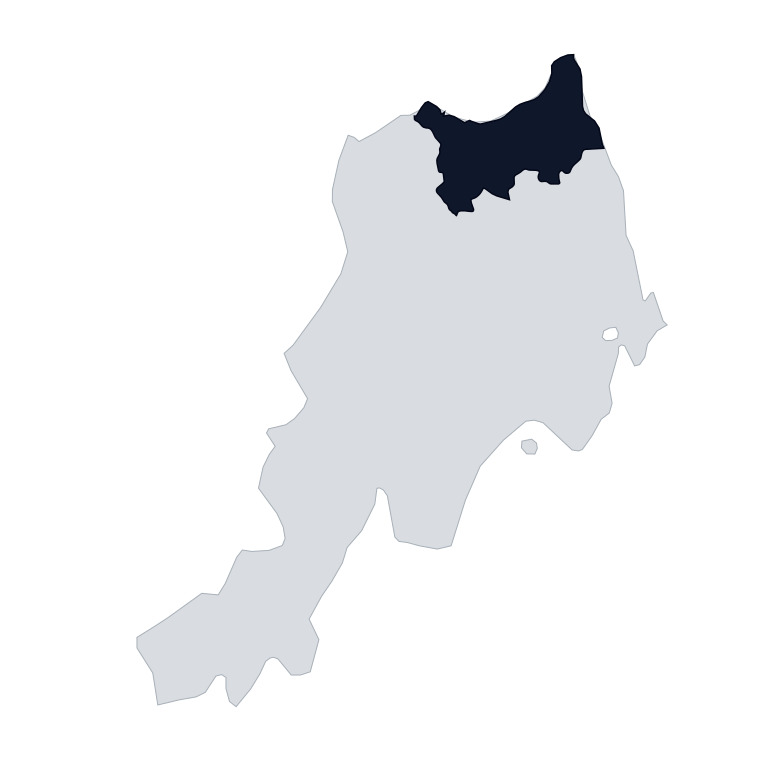 Shirak on a map of Armenia (Albers equal-area conic projection), rotated 80°
{"feature_id": "ARM-1555", "entity_name": "Shirak", "entity_type": "Province", "adm_level": 1, "iso_a3": "ARM", "parent_name": "Armenia", "parent_adm1": "", "projection": "albers", "projection_center": [43.928, 40.787], "detail": "fine", "context": "in_parent", "style": "filled", "palette": "ink", "viewbox_px": 768, "rotation_deg": 80, "n_neighbors": 0, "source": "natural_earth", "source_scale": "10m", "svg_char_len": 4482}
<svg xmlns="http://www.w3.org/2000/svg" viewBox="0 0 768 768"><g transform="rotate(80 384 384)"><path d="M336.5,477.1L330.0,466.8L297.7,433.2L267.9,407.3L247.5,396.7L227.0,397.9L195.3,403.2L183.6,401.0L155.9,389.6L132.8,376.1L136.0,370.5L140.9,366.5L135.1,348.9L122.4,320.7L123.8,311.9L119.8,299.6L115.4,290.4L133.5,268.4L141.7,250.7L143.6,233.4L138.8,215.5L127.1,183.0L119.9,173.6L106.5,164.7L95.3,150.2L92.5,140.0L102.0,138.0L129.7,137.9L156.6,134.5L177.6,127.8L208.0,122.1L220.5,117.1L235.2,114.6L279.7,119.8L296.2,115.5L346.3,114.3L347.5,112.2L340.7,105.4L340.7,102.8L370.4,98.2L375.0,94.9L379.0,105.7L390.4,117.6L402.7,122.4L409.3,128.9L409.7,134.0L388.1,140.4L386.7,143.5L388.2,146.5L394.6,147.9L425.2,162.7L442.5,162.7L451.7,167.2L456.4,176.2L471.2,188.2L482.9,200.0L483.7,204.1L481.6,210.2L449.6,234.2L445.7,242.4L445.3,250.9L460.0,276.1L481.6,303.5L512.5,324.0L555.0,346.0L555.8,360.2L549.5,377.2L544.1,388.7L541.6,396.6L536.6,399.9L494.6,400.1L488.3,403.0L485.6,406.3L485.5,409.1L500.7,413.9L524.6,431.5L538.6,448.7L552.9,456.0L569.2,469.6L582.2,482.3L602.5,498.6L624.5,492.5L654.6,506.6L656.1,516.8L654.5,525.9L636.1,536.3L633.9,540.5L634.1,544.0L636.6,548.7L647.8,556.5L661.1,568.2L676.1,585.7L669.8,591.3L656.3,592.5L645.6,590.6L642.0,594.3L642.4,600.2L656.6,613.5L659.5,623.3L659.5,640.7L660.8,662.5L628.4,661.9L601.1,673.1L590.6,671.3L583.2,652.9L576.9,638.0L558.5,599.8L562.9,583.9L552.9,575.0L529.0,559.1L522.9,552.4L526.0,543.1L527.9,526.0L525.4,512.2L519.0,508.2L507.3,508.1L493.1,511.8L464.8,525.7L444.8,517.5L433.3,509.1L426.5,502.0L411.8,508.2L408.1,505.3L407.1,487.6L402.5,478.1L393.4,467.0L385.1,461.8L354.8,473.2L336.5,477.1ZM379.8,158.2L380.6,151.8L379.2,146.0L374.3,144.3L368.4,145.9L368.0,152.3L369.9,158.4L375.9,161.0L379.8,158.2ZM477.6,255.6L470.7,259.7L464.2,258.1L464.0,248.1L468.6,244.1L474.0,244.2L479.2,247.6L477.6,255.6Z" fill="#d9dde1" stroke="#a8b0b8" stroke-width="1"/><path d="M145.1,140.3L149.5,140.0L153.0,138.5L161.5,131.0L169.3,127.8L186.0,127.4L190.0,126.5L190.0,126.8L187.9,144.7L188.0,146.1L188.5,147.2L190.1,148.6L191.4,149.3L195.6,151.0L196.5,151.7L197.6,153.2L201.0,158.6L202.5,160.5L203.9,161.8L207.2,164.0L207.7,164.4L208.1,165.2L208.3,166.2L208.1,168.0L207.6,169.0L206.8,169.8L205.2,170.9L204.8,171.5L204.6,172.5L204.9,173.4L205.9,174.6L207.0,175.3L208.2,175.7L212.3,176.2L216.4,176.0L216.9,176.4L217.3,177.3L215.9,185.0L215.2,186.2L213.1,188.2L212.5,189.6L212.2,191.2L212.0,193.7L211.3,194.9L210.2,195.7L208.7,196.2L207.3,196.2L206.1,196.0L203.1,194.4L202.4,194.2L201.9,194.2L201.4,194.4L201.1,194.7L200.9,194.9L200.4,196.0L199.9,197.3L198.5,203.8L198.2,204.5L196.9,207.0L196.9,208.5L197.4,210.1L198.9,212.6L199.7,214.4L200.4,216.3L200.9,217.8L201.8,219.2L203.2,220.1L209.6,221.0L210.9,221.8L212.2,223.6L213.4,226.6L214.0,227.6L215.5,228.3L216.7,228.7L224.3,228.4L218.3,240.3L215.3,244.5L209.1,250.5L208.6,251.6L208.7,252.5L211.5,254.7L213.1,256.3L214.4,258.0L215.6,260.0L216.1,261.1L216.5,262.3L217.0,265.1L217.3,265.9L217.9,266.4L218.7,266.6L221.3,266.5L227.2,265.5L228.2,265.5L229.2,266.2L229.4,267.1L229.2,268.4L227.4,274.6L226.8,277.9L226.8,279.5L227.1,280.8L227.6,281.4L228.2,281.9L230.1,283.0L230.7,283.4L230.5,283.7L229.1,284.5L228.4,285.2L227.5,286.4L226.9,286.9L225.2,287.8L224.3,288.7L223.6,289.2L222.6,289.6L219.5,290.0L218.6,290.3L217.9,290.6L215.1,293.0L210.2,295.0L205.2,298.2L204.0,298.7L203.0,298.8L202.1,298.7L201.3,298.3L200.5,297.7L199.8,296.7L196.9,291.7L195.8,290.2L195.4,289.8L195.0,289.5L187.5,289.1L186.3,289.3L185.8,289.9L185.5,290.8L185.2,292.1L184.6,292.8L183.6,293.2L176.0,293.4L173.0,293.1L172.0,292.8L171.0,292.3L167.2,289.4L166.2,288.9L165.0,288.6L162.8,288.5L161.9,288.2L159.0,286.5L157.7,286.4L156.3,286.8L150.7,290.3L149.1,290.9L144.0,292.3L141.5,293.5L140.4,294.6L139.6,296.0L139.3,297.4L138.8,298.7L137.9,300.5L136.6,301.7L132.8,303.9L131.5,305.1L130.1,307.0L129.3,307.7L128.6,308.0L125.4,307.6L125.6,307.0L125.6,305.4L118.2,299.0L114.3,294.6L113.6,291.5L119.9,284.0L123.8,281.3L128.2,280.8L127.7,279.0L127.4,278.3L126.8,277.3L127.9,277.8L128.7,277.9L129.5,278.3L130.6,279.1L130.5,273.4L132.9,268.4L140.7,259.3L139.3,253.9L140.4,252.4L144.2,245.6L144.8,243.7L143.8,227.0L143.2,223.0L141.5,218.5L134.0,206.3L132.2,201.6L131.2,196.1L130.8,191.3L130.0,186.7L128.0,181.9L122.3,174.7L115.2,168.7L107.4,164.8L99.6,163.6L96.2,160.3L93.3,153.4L91.9,145.8L92.6,140.1L94.4,140.6L96.2,140.7L98.0,140.3L107.8,136.3L115.5,136.1L145.1,140.3Z" fill="#0f172a" stroke="#020617" stroke-width="1.5"/></g></svg>